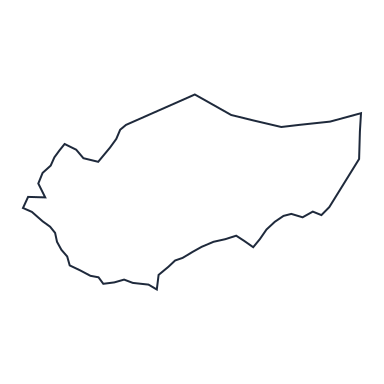 Serraria, Paraíba, Brazil (Robinson projection)
{"feature_id": "56859067B89128788877963", "entity_name": "Serraria", "entity_type": "district", "adm_level": 2, "iso_a3": "BRA", "parent_name": "Brazil", "parent_adm1": "Paraíba", "projection": "robinson", "projection_center": [-35.654, -6.835], "detail": "fine", "context": "isolated", "style": "outline", "palette": "slate", "viewbox_px": 384, "rotation_deg": 0, "n_neighbors": 0, "source": "geoboundaries", "source_scale": "gbopen_adm2", "svg_char_len": 871}
<svg xmlns="http://www.w3.org/2000/svg" viewBox="0 0 384 384"><path d="M156.8,289.5L158.6,274.9L168.4,266.8L175.1,260.5L182.6,257.9L192.4,252.0L201.7,246.8L213.5,241.8L225.2,239.2L236.2,235.7L244.2,240.9L253.2,247.2L259.8,239.2L266.5,229.5L274.8,221.8L283.5,215.9L291.3,213.9L302.6,217.3L312.8,211.6L321.4,215.1L329.3,207.1L359.1,159.0L359.9,131.5L361.0,113.2L330.1,121.6L299.1,124.9L281.3,127.0L253.2,120.4L231.2,115.0L194.8,94.5L126.0,124.9L120.2,129.7L116.3,138.9L110.0,147.6L98.2,161.8L83.4,158.2L76.2,149.7L64.6,144.0L59.4,150.5L54.4,157.3L50.7,165.6L42.6,172.9L38.3,183.5L45.2,197.4L28.1,196.9L23.0,208.0L31.9,211.9L42.6,221.3L50.1,226.7L55.1,232.9L57.0,241.8L61.4,249.8L67.2,256.5L69.7,265.4L80.2,270.4L90.4,275.8L98.5,277.3L103.3,283.8L114.3,282.4L124.1,279.6L132.8,282.9L141.0,283.8L148.5,284.6L156.8,289.5Z" fill="none" stroke="#1e293b" stroke-width="2"/></svg>